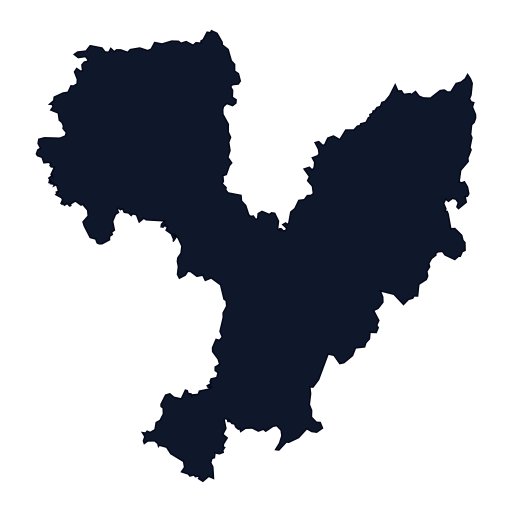 Myitkyina, Kachin, Myanmar
{"feature_id": "60261553B87045265182451", "entity_name": "Myitkyina", "entity_type": "district", "adm_level": 2, "iso_a3": "MMR", "parent_name": "Myanmar", "parent_adm1": "Kachin", "projection": "albers", "projection_center": [97.226, 25.827], "detail": "fine", "context": "isolated", "style": "filled", "palette": "ink", "viewbox_px": 512, "rotation_deg": 0, "n_neighbors": 0, "source": "geoboundaries", "source_scale": "gbopen_adm2", "svg_char_len": 5958}
<svg xmlns="http://www.w3.org/2000/svg" viewBox="0 0 512 512"><path d="M278.9,450.0L286.4,441.9L288.7,442.3L298.6,437.6L306.8,428.7L311.7,431.5L316.7,432.2L322.5,428.1L320.2,422.5L316.4,422.3L311.4,417.1L311.6,410.4L309.3,404.6L310.6,393.6L309.8,386.8L313.0,387.1L318.6,379.6L328.1,354.0L334.0,355.3L339.8,363.6L343.9,362.7L352.5,355.6L355.5,347.9L364.6,346.9L365.9,342.7L369.4,338.9L370.0,332.3L376.2,332.5L378.2,327.7L376.7,325.2L378.8,320.5L373.6,310.5L378.1,308.3L382.9,302.2L382.7,296.9L380.3,290.9L394.0,294.3L403.5,304.5L408.4,299.4L412.7,298.2L414.0,295.9L417.6,296.0L418.8,284.3L426.3,279.5L427.7,276.0L426.8,271.3L429.6,266.9L428.8,263.4L431.5,258.5L435.9,255.1L435.5,253.6L437.8,251.8L442.5,251.4L445.0,254.9L454.8,259.5L458.6,256.1L460.3,256.3L462.3,251.6L465.1,250.4L464.9,242.5L463.0,240.5L461.7,235.3L454.8,228.5L450.8,228.8L448.1,213.9L447.1,211.4L444.9,211.3L445.9,208.8L443.6,203.3L445.7,199.1L448.5,201.3L452.3,198.4L455.8,199.1L458.3,202.7L456.9,206.9L458.5,208.6L466.3,202.2L465.1,196.7L467.5,196.1L468.8,193.7L467.5,187.1L464.4,181.8L461.6,182.9L459.1,181.8L460.7,170.2L468.2,161.4L467.8,158.1L471.1,149.8L469.9,147.4L471.9,137.7L470.6,134.5L471.6,124.8L474.1,122.4L475.6,118.0L475.5,114.5L472.4,107.0L473.8,102.6L471.3,102.0L469.4,98.9L471.0,95.0L472.2,83.3L470.4,78.8L467.6,74.5L465.2,78.9L461.0,82.2L456.1,83.5L450.9,91.9L447.5,92.1L444.3,90.0L440.1,90.6L430.4,98.2L423.2,97.9L419.0,96.1L415.5,91.5L411.4,94.7L410.1,93.6L403.7,94.4L401.4,90.8L397.9,91.0L395.2,84.8L389.8,95.5L385.0,101.5L381.9,102.4L380.4,106.5L377.0,107.5L374.5,111.1L373.2,110.9L372.5,113.5L369.9,114.5L370.2,117.1L368.4,117.7L366.1,122.4L360.7,123.8L360.1,125.7L357.4,126.1L353.9,130.0L345.8,130.0L339.8,139.7L333.5,136.0L327.8,138.1L324.8,144.5L322.9,145.6L318.7,141.6L315.1,142.6L318.5,149.2L319.1,153.8L317.9,155.7L312.3,157.8L314.7,162.2L314.2,167.6L312.2,170.1L309.4,167.3L304.1,169.0L309.5,176.6L307.6,180.7L312.4,186.1L313.4,193.5L311.1,195.4L307.3,195.6L304.4,199.7L298.8,200.4L294.9,208.6L290.8,212.0L288.8,223.1L287.4,224.5L285.6,223.0L282.8,224.6L286.6,228.1L285.9,230.4L283.4,231.0L281.1,228.7L279.7,228.8L279.8,230.3L277.6,228.8L278.5,221.1L274.7,213.3L271.5,212.8L269.4,214.5L262.0,211.4L258.2,213.6L257.7,218.4L255.8,219.7L253.3,216.0L250.6,216.5L248.7,214.7L245.7,205.5L241.5,201.0L241.0,195.4L228.0,192.9L225.7,189.9L226.1,187.6L222.1,183.6L223.4,181.4L222.8,175.7L226.3,174.5L229.3,165.7L231.7,162.9L227.8,157.3L230.0,150.5L228.7,142.3L230.6,137.3L228.2,132.0L228.3,124.2L222.9,114.3L222.7,109.4L223.5,106.5L226.8,103.5L232.6,105.6L235.9,103.0L236.1,99.7L232.3,97.3L232.6,90.4L230.6,86.7L232.3,84.7L238.3,84.0L240.3,81.0L238.4,73.7L234.6,71.1L234.6,64.4L231.3,60.8L228.1,49.5L222.3,44.9L222.1,42.1L217.0,33.3L211.4,30.7L210.5,32.7L207.1,32.2L203.2,39.7L201.0,41.0L200.9,43.2L196.0,42.7L193.1,45.3L186.2,41.6L180.9,43.3L178.5,41.3L171.7,41.1L162.0,44.0L154.7,42.5L151.2,49.1L147.7,50.6L139.8,48.0L130.3,49.6L127.7,52.4L120.8,49.9L116.4,49.9L114.3,51.8L110.8,48.4L108.8,52.2L105.0,52.0L102.0,48.0L90.2,45.7L86.0,51.1L77.7,52.0L74.2,54.4L78.3,57.6L85.5,56.5L88.0,59.7L87.6,61.3L84.2,62.1L81.9,64.9L82.6,70.8L80.5,71.2L76.7,68.5L74.5,71.9L77.4,79.3L77.1,83.9L73.4,86.1L71.0,85.8L68.0,92.3L63.1,93.0L54.2,97.1L53.8,100.6L49.6,104.2L52.2,104.4L53.1,106.6L50.8,110.0L58.3,113.0L59.3,120.2L62.0,122.4L63.5,126.1L63.0,128.4L66.4,132.6L65.3,136.0L59.9,138.2L44.3,137.8L38.8,139.3L38.1,143.5L40.6,148.2L37.8,149.9L36.4,153.9L37.5,155.7L42.1,157.3L43.9,162.8L48.6,162.3L51.0,163.6L50.0,165.4L51.2,166.9L54.5,167.1L51.1,174.3L53.2,175.3L51.7,175.3L52.6,176.8L51.0,176.4L48.8,178.1L49.8,179.5L49.0,182.6L50.1,182.9L50.4,180.5L51.8,183.1L53.7,182.7L51.7,183.8L54.5,184.3L53.8,185.9L56.5,184.6L58.6,191.2L56.3,192.1L56.9,193.5L55.8,194.6L61.6,197.7L62.6,199.7L61.0,203.4L62.1,204.2L62.6,202.9L64.4,205.2L67.3,203.5L69.6,206.0L70.8,205.5L70.4,204.0L75.4,201.0L81.0,205.1L82.6,204.2L87.7,210.2L88.2,216.0L83.0,221.9L84.3,226.0L90.2,237.5L95.7,239.0L97.1,242.8L99.1,243.8L102.0,243.8L109.5,239.8L109.5,236.4L112.3,234.5L111.5,232.3L114.4,230.1L112.6,221.4L115.5,214.4L118.5,212.4L117.2,209.4L118.8,208.2L120.5,209.7L122.6,208.6L124.2,212.3L128.6,212.9L131.2,215.5L132.6,213.8L136.5,214.8L139.2,222.0L143.8,218.2L146.2,219.8L164.8,220.9L161.5,224.2L161.1,226.8L163.2,227.1L165.5,224.5L166.0,226.5L167.7,226.6L166.1,230.2L171.3,233.8L173.6,239.4L173.2,241.5L175.9,237.4L173.7,234.6L174.5,234.0L178.2,238.1L181.9,246.1L181.0,253.3L177.8,257.9L177.4,261.4L178.4,266.6L177.5,274.3L179.4,278.2L185.3,275.1L187.7,271.3L190.6,271.5L196.9,276.3L202.8,275.1L205.3,280.4L211.2,277.9L220.6,284.8L224.0,299.1L226.2,300.6L226.7,306.2L223.1,313.0L223.3,317.3L220.0,331.4L222.3,337.0L219.5,340.3L216.1,339.4L212.5,347.8L212.7,351.7L218.2,359.1L219.7,364.3L215.2,367.0L215.2,370.6L218.1,372.6L216.8,377.6L211.1,378.9L210.1,381.8L211.3,383.5L207.2,385.7L208.2,387.4L209.4,387.5L209.9,385.5L211.6,387.1L208.7,389.2L199.4,391.1L198.2,394.4L192.4,394.9L191.8,396.1L191.0,393.9L188.0,393.4L187.3,390.7L185.4,390.1L181.3,398.9L173.9,397.3L169.8,393.8L165.6,395.1L161.0,404.3L161.1,406.5L163.2,408.0L163.4,414.0L160.1,420.4L156.2,422.5L155.0,429.7L150.2,432.5L147.1,431.2L145.6,433.1L142.4,432.6L144.9,436.6L143.4,440.9L144.3,443.5L147.6,441.0L154.6,440.8L157.8,443.5L158.5,446.3L159.3,445.2L166.6,447.2L170.8,453.7L183.6,461.5L184.6,467.3L181.5,471.8L188.3,474.0L189.9,476.0L194.2,474.9L195.3,476.7L198.2,476.1L199.4,477.1L198.6,478.6L202.9,481.3L208.7,476.3L213.5,478.4L212.8,466.9L210.7,462.8L211.9,458.4L214.4,457.7L215.0,452.8L219.3,453.8L223.2,452.4L222.8,450.3L224.6,447.5L223.3,447.0L223.4,444.1L227.2,437.9L222.8,434.3L225.9,428.4L224.1,419.6L225.1,418.4L227.6,419.4L227.9,421.4L229.9,421.6L229.8,420.5L231.8,423.4L234.6,424.0L235.8,427.0L238.3,429.2L239.8,428.6L240.7,431.5L245.5,428.2L252.3,428.0L258.4,431.1L263.4,429.2L265.7,431.2L273.0,426.3L276.7,425.6L281.1,430.1L281.9,435.7L279.6,443.1L275.6,449.6L278.9,450.0Z" fill="#0f172a" stroke="#020617" stroke-width="1.5"/></svg>